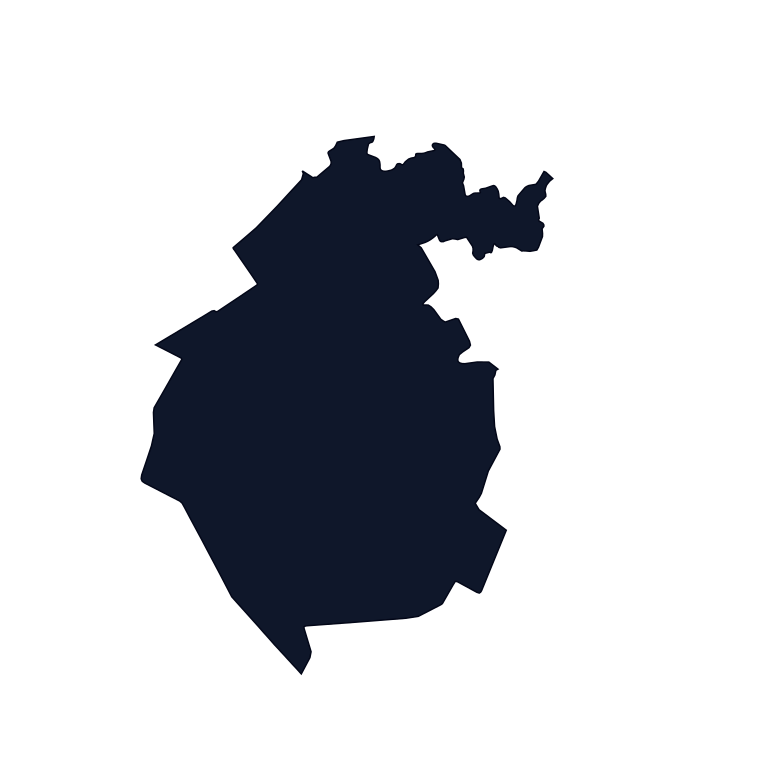 an SVG outline of Navoi, rotated 236°
{"feature_id": "UZB-357", "entity_name": "Navoi", "entity_type": "Region", "adm_level": 1, "iso_a3": "UZB", "parent_name": "Uzbekistan", "parent_adm1": "", "projection": "orthographic", "projection_center": [65.132, 41.594], "detail": "fine", "context": "isolated", "style": "filled", "palette": "ink", "viewbox_px": 768, "rotation_deg": 236, "n_neighbors": 0, "source": "natural_earth", "source_scale": "10m", "svg_char_len": 5175}
<svg xmlns="http://www.w3.org/2000/svg" viewBox="0 0 768 768"><g transform="rotate(236 384 384)"><path d="M438.5,129.2L439.9,129.4L441.2,129.7L442.7,131.0L444.1,132.3L453.4,144.5L462.8,156.7L467.1,161.2L471.4,165.8L480.4,171.4L489.4,177.0L491.1,178.6L492.8,180.1L500.3,195.4L505.1,205.1L511.8,218.6L517.5,230.2L518.3,230.3L519.0,230.3L531.6,223.4L544.2,216.4L542.6,246.1L541.0,275.9L540.9,279.0L540.7,282.2L540.2,283.2L539.8,284.2L538.8,284.7L537.7,285.1L537.5,285.9L537.2,286.7L537.2,290.3L537.1,310.1L537.1,333.4L537.2,334.0L537.3,334.7L537.7,335.0L538.0,335.2L548.8,335.2L558.5,335.1L568.2,335.0L579.0,334.9L579.3,334.8L579.6,334.8L580.0,334.8L580.3,334.8L580.6,334.9L580.9,334.9L581.1,335.1L581.4,335.2L583.1,350.3L584.9,365.4L588.0,380.1L591.1,394.8L595.3,412.4L599.4,429.9L601.5,432.4L603.6,434.8L605.8,435.3L605.8,435.7L594.8,440.4L594.1,442.3L593.0,443.8L594.8,460.5L595.0,461.1L595.2,461.7L595.8,462.7L596.5,463.6L597.1,464.0L598.3,464.7L606.6,466.7L607.1,467.1L607.4,467.6L607.6,468.1L607.6,469.0L607.6,470.2L607.5,472.3L607.5,474.3L607.7,474.9L608.5,477.0L610.6,480.5L608.2,486.9L594.7,514.3L592.9,512.6L591.9,511.2L591.6,510.7L591.3,510.2L591.2,509.7L591.2,509.2L591.8,507.3L591.8,506.2L591.7,505.6L591.4,505.1L588.2,501.6L585.7,499.4L584.6,498.8L583.8,498.7L583.0,499.1L576.5,503.7L574.4,504.7L572.6,505.0L571.1,504.8L569.5,504.1L567.8,503.2L565.9,501.9L564.5,501.2L563.3,501.1L562.1,501.5L561.0,502.3L559.9,503.6L559.1,504.9L558.4,506.5L557.2,509.7L557.0,511.6L557.0,513.6L557.8,515.6L558.5,516.7L558.9,517.6L558.9,518.6L558.1,520.0L557.5,520.6L555.7,521.5L555.3,522.2L555.3,523.1L556.3,525.9L556.7,530.2L556.1,532.8L554.9,535.5L554.8,536.3L555.0,537.1L555.3,537.7L556.8,538.9L556.7,540.1L556.2,540.9L554.0,544.2L553.2,545.7L552.6,547.3L552.0,550.0L549.7,555.6L549.5,556.6L549.7,557.2L550.1,557.4L550.7,557.5L552.5,557.1L553.3,557.1L554.1,557.2L554.8,557.5L555.4,558.2L555.6,559.0L555.6,559.9L555.1,560.9L554.3,562.0L548.5,567.5L547.5,568.1L527.7,572.5L523.9,571.7L519.9,569.2L518.0,569.9L516.2,569.0L514.4,567.6L510.7,566.3L509.2,564.8L506.9,561.5L505.9,561.3L505.6,561.2L503.8,560.8L495.5,557.1L494.1,557.1L493.5,557.4L493.0,557.9L492.4,559.1L492.2,559.8L492.1,560.5L492.1,561.9L492.0,564.4L491.9,565.0L491.7,565.5L491.5,565.9L491.2,566.5L488.9,570.0L488.8,570.8L489.1,571.2L489.8,571.3L490.4,571.5L490.9,571.8L491.3,572.3L491.4,572.8L491.3,573.5L491.0,574.4L489.5,577.6L489.3,578.3L487.7,584.5L487.2,585.9L486.4,586.5L485.2,586.9L482.5,586.9L480.0,586.5L477.2,585.3L474.1,583.6L473.5,583.5L472.9,583.8L472.4,584.6L472.2,585.3L471.9,587.4L471.1,588.1L470.4,588.6L464.9,590.1L460.3,590.7L459.5,590.9L458.9,591.2L458.5,591.7L458.3,592.3L459.0,593.8L461.8,596.9L463.6,598.5L464.3,599.3L465.1,600.4L467.9,610.5L468.0,611.4L467.9,613.2L467.7,614.3L467.5,615.2L464.7,621.4L464.7,622.1L465.8,625.6L470.7,635.5L469.0,636.6L459.9,638.8L459.6,635.4L459.5,634.6L458.5,631.4L458.0,630.1L457.6,629.4L456.1,627.4L454.5,625.7L453.1,625.0L450.9,624.2L449.1,623.1L448.4,620.6L448.1,618.0L448.1,616.1L447.3,613.4L445.6,610.6L434.6,605.4L433.8,604.0L432.4,603.7L428.4,605.6L426.6,605.5L425.4,604.8L425.0,603.8L424.6,602.7L424.5,602.0L420.1,599.6L417.6,597.8L411.0,588.5L409.6,585.6L410.9,582.5L412.4,579.2L415.4,575.5L415.7,575.0L416.4,574.2L417.2,572.6L422.8,570.1L424.4,568.9L426.0,567.4L427.3,565.6L431.7,556.8L433.1,555.6L433.9,555.6L434.6,555.1L435.2,554.7L435.8,554.5L438.5,554.2L438.6,553.8L438.3,553.0L436.9,551.2L434.2,548.5L433.1,546.8L433.0,546.3L433.1,546.0L433.5,545.9L434.3,545.1L435.9,540.6L433.6,538.3L433.1,535.9L433.2,534.9L433.3,533.8L433.6,532.6L434.4,531.6L435.9,530.8L439.1,530.3L441.1,530.2L442.9,530.7L444.7,532.4L446.7,533.7L448.8,534.4L459.5,534.5L460.5,532.5L462.5,525.9L464.2,524.3L466.2,522.0L468.6,514.4L468.8,512.9L469.8,511.3L470.5,510.7L471.4,510.5L472.3,510.5L477.0,511.5L478.3,511.6L478.3,510.2L478.0,508.8L477.8,506.4L477.7,503.4L477.9,500.2L478.4,497.2L480.5,489.8L476.1,491.0L448.6,489.1L439.7,486.9L436.6,485.1L433.4,482.5L432.2,479.0L431.4,475.8L429.5,463.7L428.7,460.9L427.6,460.7L424.7,464.8L421.8,466.1L417.8,466.9L405.9,467.3L402.8,468.5L401.1,469.4L398.2,480.1L396.2,482.0L371.7,478.8L367.9,477.4L366.6,474.8L366.6,466.9L366.2,462.8L364.3,460.0L362.6,458.5L360.9,458.0L359.1,458.6L357.3,460.1L355.6,462.4L350.1,473.6L343.5,483.2L332.6,486.8L332.8,484.4L329.5,481.0L327.6,477.4L300.6,460.0L286.9,451.9L275.1,447.0L267.2,445.0L265.1,443.7L253.5,421.8L238.9,403.6L236.8,399.6L234.1,392.9L226.6,392.5L194.4,403.6L158.1,349.3L157.4,347.7L157.4,346.1L159.4,344.5L178.9,334.4L180.1,333.3L180.5,332.7L178.8,328.9L169.4,309.8L169.2,308.7L169.3,307.2L172.2,282.5L177.5,271.3L201.6,228.7L226.9,184.5L227.4,183.1L227.5,181.9L226.2,181.1L202.8,173.8L198.6,169.6L189.9,153.3L197.1,152.3L200.2,151.8L203.3,151.3L206.4,150.9L209.4,150.4L214.4,149.7L219.3,148.9L224.2,148.2L229.1,147.4L237.1,146.4L245.0,145.3L253.0,144.3L260.9,143.2L268.9,142.1L276.8,141.0L284.7,139.9L292.7,138.8L305.8,140.3L319.0,141.8L332.2,143.2L345.4,144.6L357.4,145.9L369.4,147.1L381.4,148.3L393.4,149.6L398.1,150.0L399.7,149.6L401.2,149.2L409.9,144.4L418.3,139.8L426.9,135.1L435.4,130.4L436.9,129.8L438.5,129.2Z" fill="#0f172a" stroke="#020617" stroke-width="1.5"/></g></svg>